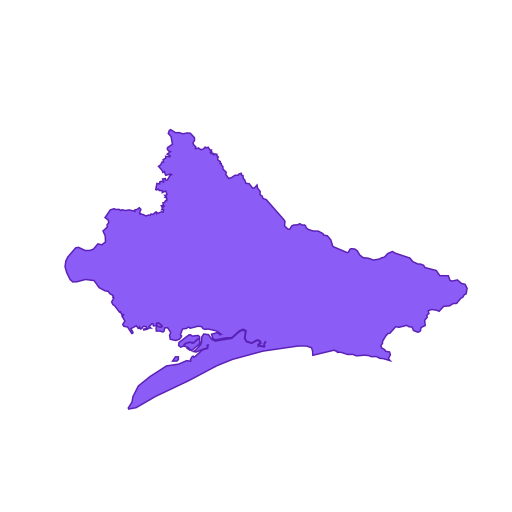 outline of Pedernales, Manabi, Ecuador, rotated 246°
{"feature_id": "8360857B91942112022560", "entity_name": "Pedernales", "entity_type": "district", "adm_level": 2, "iso_a3": "ECU", "parent_name": "Ecuador", "parent_adm1": "Manabi", "projection": "natural_earth1", "projection_center": [-79.906, 0.068], "detail": "fine", "context": "isolated", "style": "filled", "palette": "violet", "viewbox_px": 512, "rotation_deg": 246, "n_neighbors": 0, "source": "geoboundaries", "source_scale": "gbopen_adm2", "svg_char_len": 6158}
<svg xmlns="http://www.w3.org/2000/svg" viewBox="0 0 512 512"><g transform="rotate(246 256 256)"><path d="M389.2,247.9L394.9,245.9L396.4,243.2L397.4,238.8L399.9,236.2L401.4,232.6L406.2,229.4L405.9,227.8L403.6,225.7L399.6,227.0L392.1,225.1L391.0,219.3L389.6,218.4L387.4,218.9L386.1,220.3L385.2,216.3L382.3,218.4L381.7,217.5L383.8,214.0L382.1,213.4L381.8,210.3L379.4,209.7L380.0,208.3L378.0,205.9L377.6,203.4L372.3,205.0L370.2,204.9L370.4,206.6L366.5,206.3L365.5,211.6L364.6,212.0L364.5,210.2L361.5,205.9L362.1,204.1L363.6,204.7L364.4,202.0L361.2,201.6L362.9,199.7L362.8,198.2L361.1,197.4L362.6,195.0L357.5,191.4L356.8,192.0L356.8,194.0L355.2,194.2L353.7,197.1L352.1,196.2L352.1,199.9L348.6,199.8L348.1,199.1L348.5,197.4L347.1,198.1L346.7,196.7L345.1,198.1L342.9,197.0L343.4,196.0L342.1,194.1L342.5,192.7L340.1,192.0L338.9,192.6L338.6,191.5L340.2,191.0L340.4,189.9L337.8,190.1L336.7,188.6L335.9,190.4L334.0,189.1L334.8,187.6L334.9,183.9L335.9,183.1L335.5,182.6L336.7,182.9L337.0,182.1L335.9,178.8L337.1,177.1L336.2,175.9L337.1,174.5L337.4,171.7L340.1,169.5L340.9,167.9L341.7,167.9L341.8,167.0L343.0,167.3L345.4,169.8L347.6,169.0L346.9,166.3L347.4,164.2L347.0,163.3L346.2,163.4L349.8,158.7L350.8,154.8L352.6,152.8L352.7,150.7L354.0,150.3L355.9,146.2L356.9,145.7L357.4,141.7L352.5,133.7L349.0,135.6L346.3,135.0L345.2,132.7L342.9,131.9L341.1,126.4L335.6,126.4L330.1,124.2L328.9,119.7L331.4,116.5L328.4,110.3L328.6,106.6L330.5,102.2L336.1,97.4L336.8,94.6L331.7,83.8L328.9,80.3L323.9,77.2L317.9,76.3L310.2,76.6L306.9,78.0L305.3,81.9L303.9,90.7L299.4,98.1L290.9,99.8L285.7,103.8L283.8,106.6L280.9,107.2L278.7,108.9L277.4,109.3L276.6,108.4L275.6,109.1L272.7,105.4L269.8,105.5L268.2,106.6L260.5,108.4L260.2,109.4L259.2,108.5L259.7,109.4L257.3,109.6L256.3,111.2L255.5,110.2L255.7,109.1L249.9,109.8L247.8,106.5L245.6,106.6L243.3,109.8L235.7,111.0L235.6,112.0L236.4,112.6L240.5,112.2L240.9,118.3L237.7,119.0L237.5,119.7L238.5,120.6L236.3,120.8L236.2,122.0L237.5,124.1L236.4,126.8L234.3,126.8L234.9,123.6L234.1,123.4L233.3,126.8L233.7,129.1L233.0,130.6L235.0,129.5L236.5,133.5L235.7,134.4L234.1,133.8L233.6,134.3L233.1,136.7L234.9,137.7L235.1,138.3L234.8,139.5L234.1,140.2L230.8,141.8L230.0,141.8L229.5,140.9L229.8,139.3L232.5,136.9L230.9,135.4L228.0,134.4L226.5,137.7L224.4,140.1L224.8,141.5L227.5,143.5L226.4,146.1L221.0,147.0L218.5,144.7L214.8,143.8L211.4,148.4L211.1,152.1L212.5,154.9L213.2,155.5L214.8,154.9L219.2,159.2L218.1,162.9L218.5,164.7L218.1,166.0L216.8,166.4L215.4,174.6L213.5,177.7L211.6,177.9L209.8,179.3L208.7,182.7L203.7,189.4L199.0,192.2L199.6,191.0L197.9,191.4L201.8,189.6L202.6,183.5L197.9,183.0L195.8,185.0L193.4,195.5L191.3,200.6L194.5,210.7L194.4,214.5L191.8,216.6L185.4,212.5L182.1,212.7L178.4,216.7L179.0,222.5L178.4,223.9L176.6,225.3L174.3,225.0L174.2,222.6L173.5,222.2L170.0,226.5L172.6,227.6L173.9,229.5L173.2,229.8L172.5,227.8L169.8,227.1L169.6,226.4L172.7,222.1L172.5,221.3L174.3,221.8L174.8,224.6L177.7,223.9L178.4,221.9L177.9,216.5L181.5,212.4L185.3,211.9L191.5,215.7L193.6,214.0L193.7,210.2L190.6,200.4L194.9,184.1L197.6,181.8L203.5,180.6L206.0,176.5L203.9,173.3L199.7,171.4L197.5,169.4L194.8,163.2L194.2,160.0L192.6,162.3L192.4,170.3L191.8,173.8L192.4,174.8L194.3,174.9L194.4,175.4L193.8,177.0L194.1,175.1L192.5,175.1L191.2,174.2L192.0,169.1L188.9,159.3L188.9,158.2L190.0,158.0L190.0,156.7L188.2,154.1L186.4,153.6L188.6,150.1L188.7,141.3L192.0,129.5L189.0,110.2L185.1,95.6L177.5,86.3L173.1,83.4L169.1,77.5L168.0,77.4L166.2,84.8L168.6,107.0L169.5,144.1L171.7,175.5L171.1,192.6L166.3,223.6L156.7,257.7L153.3,265.4L149.6,269.4L146.0,269.0L142.2,267.5L138.1,289.5L137.1,289.7L135.9,291.5L134.9,291.1L133.6,294.3L128.8,299.6L126.7,304.5L124.0,307.0L121.2,314.9L119.0,318.7L117.1,320.4L115.2,325.1L112.2,327.4L110.5,330.5L105.8,336.0L108.4,335.2L111.1,338.6L114.0,339.0L116.3,335.6L118.1,335.5L120.8,333.5L123.2,333.5L124.8,336.1L126.5,336.8L130.1,341.9L131.5,345.0L131.0,346.9L134.6,354.9L132.7,357.6L131.3,365.5L129.0,367.1L127.7,369.6L123.9,369.6L120.7,372.6L120.4,373.7L120.7,375.7L123.5,377.7L123.7,382.3L128.7,384.0L130.3,387.4L132.5,388.1L133.1,390.6L135.9,391.0L135.7,394.7L133.0,399.0L131.0,400.8L133.7,407.0L131.7,412.7L132.4,416.5L131.1,420.0L134.0,425.8L134.3,428.3L135.9,430.5L136.0,432.6L140.6,435.7L145.1,435.5L147.4,432.5L152.2,430.3L153.3,425.0L154.8,423.3L159.7,423.7L163.3,415.9L169.4,414.8L176.7,405.7L179.4,405.3L181.8,402.9L182.7,400.8L187.0,397.0L191.5,395.8L201.8,384.5L204.6,382.5L204.7,377.4L202.7,372.9L203.3,369.9L203.0,367.8L204.4,361.8L208.3,357.7L210.9,353.2L214.7,351.2L219.4,350.7L222.1,349.2L224.0,345.9L223.9,344.6L221.8,341.7L222.0,340.7L233.4,330.1L240.4,330.9L245.4,329.4L247.8,326.2L249.1,326.3L253.3,323.1L255.8,318.1L259.0,314.6L261.5,313.2L263.1,313.6L264.6,313.0L265.6,310.5L267.6,309.3L267.7,306.3L269.0,302.9L268.9,300.9L266.7,297.6L267.6,296.1L271.9,294.3L275.7,296.5L277.6,296.3L303.4,288.3L305.6,285.8L308.2,286.0L310.4,284.6L313.3,286.1L317.4,285.0L320.4,285.8L318.9,282.4L319.4,280.5L324.8,279.2L326.6,276.3L330.5,276.6L331.9,275.9L334.8,276.8L335.6,275.8L337.6,276.1L337.8,273.5L337.1,272.4L338.3,269.5L337.6,265.8L337.9,262.6L342.8,261.5L344.6,262.9L348.8,261.2L351.3,262.1L353.1,261.4L354.6,261.9L355.1,260.9L356.8,261.8L359.3,260.2L361.8,261.1L361.8,261.8L364.1,260.9L364.8,261.6L366.0,260.0L365.5,258.8L367.1,258.7L367.2,257.3L368.3,256.4L369.0,256.9L368.8,257.9L369.5,258.0L369.7,256.8L370.9,258.4L372.0,256.9L374.8,256.6L375.0,254.6L376.2,253.8L375.1,251.3L375.5,248.9L378.1,247.4L378.4,244.7L379.1,244.3L380.1,245.4L383.0,244.3L385.1,244.5L386.6,246.9L389.2,247.9ZM205.4,171.6L207.0,170.7L208.8,165.1L210.6,164.2L211.2,162.7L208.3,150.4L205.7,148.9L203.3,150.2L203.2,152.8L204.7,155.1L204.9,157.5L204.4,160.1L202.2,163.9L203.8,168.9L204.0,171.2L205.4,171.6ZM204.7,157.6L204.2,154.8L202.6,153.9L200.2,156.7L195.8,158.6L198.4,167.9L199.9,169.7L203.4,170.8L203.6,169.3L201.9,163.6L202.3,162.3L203.6,161.3L204.7,157.6ZM195.5,144.1L196.7,141.4L193.9,137.0L192.2,141.1L193.0,143.0L195.5,144.1ZM230.6,141.7L234.3,139.8L234.8,137.9L232.9,136.8L230.5,138.7L229.7,140.9L230.6,141.7ZM196.3,157.7L199.1,157.0L200.3,155.1L196.3,157.7Z" fill="#8b5cf6" stroke="#5b21b6" stroke-width="1.5"/></g></svg>